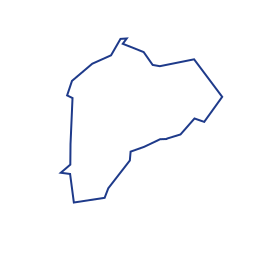 Clarke, Georgia, United States of America, rotated 296°
{"feature_id": "52423323B53340239927220", "entity_name": "Clarke", "entity_type": "district", "adm_level": 2, "iso_a3": "USA", "parent_name": "United States of America", "parent_adm1": "Georgia", "projection": "albers", "projection_center": [-83.367, 33.944], "detail": "fine", "context": "isolated", "style": "outline", "palette": "blue", "viewbox_px": 256, "rotation_deg": 296, "n_neighbors": 0, "source": "geoboundaries", "source_scale": "gbopen_adm2", "svg_char_len": 517}
<svg xmlns="http://www.w3.org/2000/svg" viewBox="0 0 256 256"><g transform="rotate(296 128 128)"><path d="M145.8,57.0L130.6,59.0L130.6,65.0L88.3,83.4L69.8,92.2L58.3,87.2L61.3,96.1L37.3,112.0L55.0,137.6L65.2,136.7L99.6,143.9L107.9,140.7L118.2,150.8L132.0,161.8L135.0,167.5L135.6,167.7L145.2,178.0L165.7,183.6L166.9,193.8L197.3,199.0L217.2,160.2L218.7,157.3L197.5,129.5L195.5,122.5L203.1,108.8L201.4,86.4L207.9,87.6L204.8,82.2L185.9,80.9L170.1,67.7L145.8,57.0Z" fill="none" stroke="#1e3a8a" stroke-width="2"/></g></svg>